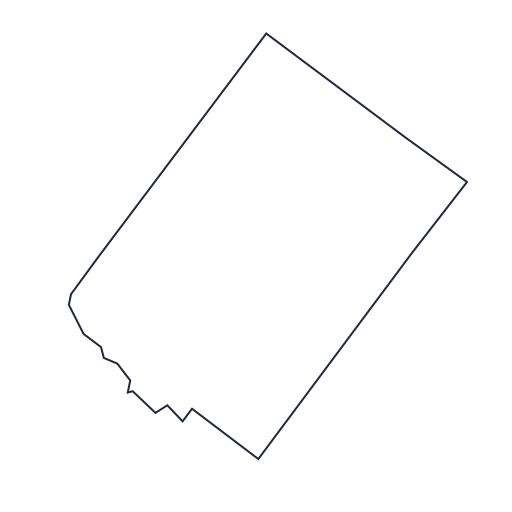 the district of Perry, Illinois, United States of America, rotated 126°
{"feature_id": "52423323B20908268327084", "entity_name": "Perry", "entity_type": "district", "adm_level": 2, "iso_a3": "USA", "parent_name": "United States of America", "parent_adm1": "Illinois", "projection": "robinson", "projection_center": [-89.23, 38.085], "detail": "fine", "context": "isolated", "style": "outline", "palette": "slate", "viewbox_px": 512, "rotation_deg": 126, "n_neighbors": 0, "source": "geoboundaries", "source_scale": "gbopen_adm2", "svg_char_len": 403}
<svg xmlns="http://www.w3.org/2000/svg" viewBox="0 0 512 512"><g transform="rotate(126 256 256)"><path d="M418.9,134.8L160.4,131.6L72.1,128.8L72.3,204.3L70.0,378.5L348.7,383.0L395.6,383.2L405.5,378.7L420.4,349.7L420.8,327.9L427.9,319.2L424.6,304.9L430.6,284.6L441.8,279.5L437.9,276.3L442.0,245.1L428.9,240.0L432.9,218.2L417.2,218.0L418.9,134.8Z" fill="none" stroke="#1e293b" stroke-width="2"/></g></svg>